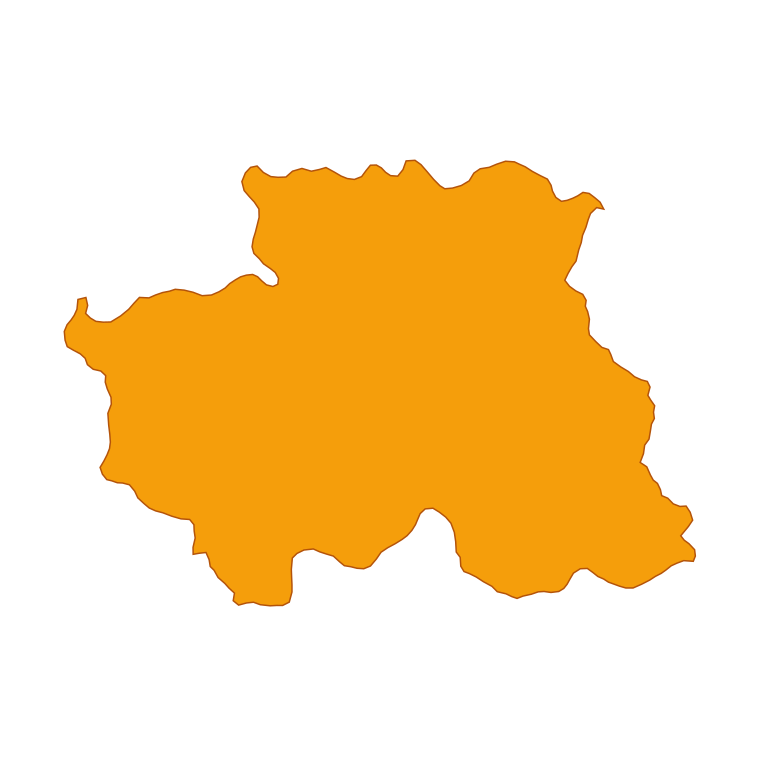 the district of Pratinha, Minas Gerais, Brazil, rotated 184°
{"feature_id": "56859067B43634204872254", "entity_name": "Pratinha", "entity_type": "district", "adm_level": 2, "iso_a3": "BRA", "parent_name": "Brazil", "parent_adm1": "Minas Gerais", "projection": "orthographic", "projection_center": [-46.401, -19.763], "detail": "fine", "context": "isolated", "style": "filled", "palette": "amber", "viewbox_px": 768, "rotation_deg": 184, "n_neighbors": 0, "source": "geoboundaries", "source_scale": "gbopen_adm2", "svg_char_len": 3835}
<svg xmlns="http://www.w3.org/2000/svg" viewBox="0 0 768 768"><g transform="rotate(184 384 384)"><path d="M513.6,153.3L505.8,156.0L499.0,157.2L492.0,155.2L482.1,154.8L475.7,155.6L469.7,156.0L463.3,159.8L461.3,170.1L461.8,177.2L462.6,184.1L463.5,192.5L463.3,204.0L459.0,208.9L452.3,212.8L443.0,214.5L436.5,212.1L429.7,210.4L422.5,208.8L415.7,203.4L410.9,200.0L404.4,199.4L398.1,198.3L391.3,198.3L384.8,201.5L379.4,208.9L375.2,216.0L368.8,221.0L361.5,225.6L355.0,230.3L350.4,234.3L346.0,239.9L342.8,245.9L340.9,251.5L338.9,257.2L334.2,262.3L326.5,263.5L319.8,260.0L313.1,255.5L307.5,249.8L303.5,241.0L301.5,231.8L300.2,221.4L295.9,216.4L294.7,207.6L291.1,202.5L285.5,200.8L278.5,197.9L271.0,193.7L262.2,189.7L256.5,184.7L247.6,183.2L241.6,180.8L236.3,179.4L230.6,182.1L222.3,184.6L215.7,187.4L209.9,188.2L202.9,187.7L195.2,189.2L190.4,192.6L187.4,197.0L184.8,202.6L181.8,208.6L175.3,213.4L168.3,214.2L162.4,210.5L157.2,206.9L151.3,204.8L146.3,202.0L141.0,200.5L135.1,198.8L128.6,197.4L121.3,197.9L113.1,202.2L105.3,206.9L99.9,211.0L94.3,214.4L89.9,218.0L84.8,222.7L79.3,225.7L72.7,228.7L63.1,228.7L61.4,234.1L62.6,240.4L68.7,246.0L73.6,249.1L77.4,253.3L70.4,263.1L66.6,269.7L69.6,277.4L74.1,283.3L80.3,282.5L87.1,284.6L93.0,289.9L99.2,292.0L100.9,297.9L104.3,303.9L108.7,306.9L111.9,311.8L116.1,319.7L123.0,323.6L120.3,332.6L119.7,341.2L115.8,347.5L115.0,355.5L114.4,362.7L111.9,368.4L113.2,374.7L112.5,381.2L116.7,386.4L120.0,391.1L118.4,399.5L121.5,404.9L127.7,406.1L134.6,408.7L141.1,413.5L149.1,417.6L156.8,422.4L159.9,429.4L162.5,434.0L169.2,435.7L175.5,440.9L182.5,447.3L183.9,453.4L183.6,463.0L185.9,470.4L188.6,475.6L188.2,481.6L192.0,487.3L199.1,490.2L205.8,494.4L210.9,500.1L208.1,507.2L204.7,514.2L201.0,520.0L199.1,531.4L197.1,538.8L196.3,546.1L193.5,554.4L191.7,562.5L189.9,568.5L184.2,574.8L177.0,573.8L181.1,580.4L186.8,584.6L192.6,588.4L198.9,589.0L203.9,585.2L208.6,582.5L214.1,580.0L219.7,578.6L225.6,582.1L229.4,588.2L231.2,593.9L235.3,599.8L242.7,602.8L250.8,606.4L258.2,610.5L264.0,612.6L269.4,614.7L278.3,614.7L287.0,611.1L294.1,607.5L303.1,605.4L309.0,600.7L313.2,592.6L320.7,587.4L329.4,584.2L337.0,583.0L342.1,585.7L348.8,591.6L355.8,598.8L362.4,605.4L368.7,609.3L377.5,608.1L380.0,599.2L384.8,592.3L392.0,592.3L397.2,595.3L401.7,599.4L406.9,601.9L412.8,601.3L416.8,595.6L420.8,589.3L427.8,586.0L435.0,586.4L441.2,588.4L448.5,592.0L457.0,595.9L463.4,593.5L471.3,591.2L480.9,593.3L490.1,589.9L496.3,583.6L504.2,582.8L511.4,583.0L519.1,586.6L525.8,592.6L532.2,590.8L537.0,584.9L539.9,576.0L537.0,567.2L531.5,561.6L526.1,556.5L521.0,549.9L520.2,541.6L521.5,534.1L522.9,526.3L524.5,519.5L525.2,511.7L522.9,505.2L517.1,500.3L512.6,495.5L505.5,491.3L500.3,487.7L496.6,482.1L496.9,476.1L501.6,473.5L508.2,474.7L513.1,478.3L517.6,482.2L522.7,484.1L528.9,483.0L534.5,480.9L539.4,477.6L544.9,473.4L549.1,468.7L555.0,464.5L562.4,460.7L571.6,459.4L580.9,462.2L589.9,463.7L598.9,463.9L604.5,461.6L611.2,459.8L618.0,456.9L624.5,453.5L634.0,453.3L639.0,447.2L643.9,440.7L651.5,433.5L660.9,426.8L668.4,426.1L675.8,426.4L681.5,429.3L686.6,433.6L685.1,441.7L687.4,449.5L695.2,447.0L695.5,437.1L697.8,430.9L700.6,426.1L704.3,421.0L706.6,414.1L705.2,405.5L702.6,399.2L695.9,395.9L689.1,392.9L683.9,388.8L681.2,382.6L675.1,378.4L667.4,377.2L662.2,372.9L662.2,366.4L659.7,359.8L655.4,351.7L654.6,344.8L657.4,335.5L655.8,324.0L654.0,314.5L652.9,306.9L653.3,300.4L655.3,294.1L658.1,287.5L661.4,281.0L658.6,274.4L653.9,269.3L648.7,268.4L643.2,266.9L637.9,267.0L630.9,265.7L625.2,259.7L621.6,253.2L615.1,248.0L609.5,243.9L603.0,241.5L595.6,240.1L586.4,237.3L577.1,235.3L568.4,235.3L563.8,230.4L563.1,224.1L561.6,217.2L563.1,207.7L562.5,200.8L556.4,202.3L549.8,203.5L546.2,196.6L544.6,189.8L540.5,186.3L536.0,179.4L528.8,173.9L524.3,169.5L518.6,165.0L519.3,157.3L513.6,153.3Z" fill="#f59e0b" stroke="#b45309" stroke-width="1.5"/></g></svg>